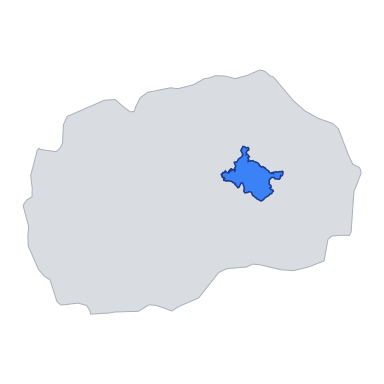 Shtip, Štip, North Macedonia shown in context
{"feature_id": "65306769B54195317631303", "entity_name": "Shtip", "entity_type": "district", "adm_level": 2, "iso_a3": "MKD", "parent_name": "North Macedonia", "parent_adm1": "Štip", "projection": "robinson", "projection_center": [22.163, 41.717], "detail": "fine", "context": "in_parent", "style": "filled", "palette": "blue", "viewbox_px": 384, "rotation_deg": 0, "n_neighbors": 0, "source": "geoboundaries", "source_scale": "gbopen_adm2", "svg_char_len": 3163}
<svg xmlns="http://www.w3.org/2000/svg" viewBox="0 0 384 384"><path d="M170.6,87.8L178.0,88.7L193.9,84.5L203.8,78.8L208.9,78.0L215.6,75.7L225.3,76.1L235.1,78.6L247.5,75.3L259.8,69.9L264.7,71.2L270.0,75.8L273.5,77.1L293.8,101.2L305.0,110.9L318.1,118.3L333.1,123.7L338.5,128.9L348.2,154.6L352.8,164.3L359.1,167.2L360.7,170.0L361.0,173.7L353.9,191.7L351.1,232.1L349.3,235.4L341.8,235.2L331.8,236.0L328.0,239.2L324.1,260.9L308.1,267.1L293.5,270.6L281.2,269.8L259.6,264.7L252.5,264.1L246.5,267.0L227.2,268.6L218.7,272.4L198.8,297.8L178.6,306.6L171.8,311.0L156.4,305.4L149.0,304.8L138.3,311.3L114.9,312.0L108.6,313.1L90.6,314.1L89.9,310.6L86.6,305.5L78.2,303.1L61.0,305.1L56.9,301.4L50.0,279.8L44.5,276.4L38.3,269.1L28.1,245.7L27.9,235.4L28.7,226.4L23.0,205.4L26.6,200.1L32.0,196.7L32.2,188.3L30.7,175.4L37.3,150.2L39.0,148.3L40.6,149.5L56.0,151.6L59.9,148.4L62.5,143.4L63.4,124.9L67.2,116.4L104.4,100.2L115.3,99.6L123.6,107.0L130.2,111.8L134.2,111.6L135.7,106.8L140.2,97.6L147.8,92.3L170.4,87.8L170.6,87.8Z" fill="#d9dde1" stroke="#a8b0b8" stroke-width="1"/><path d="M223.8,180.4L225.0,180.5L225.8,181.0L226.1,180.7L226.6,181.0L227.0,180.8L228.0,181.1L228.8,180.6L232.4,181.9L232.7,182.5L235.2,183.5L234.9,184.5L236.1,185.4L237.9,187.8L239.4,186.9L239.4,186.2L241.3,182.9L242.7,183.3L244.2,187.4L243.8,191.1L244.6,192.6L245.0,192.9L246.5,192.7L248.3,192.2L248.9,191.6L250.9,192.1L251.6,192.6L252.6,195.5L254.0,196.2L255.4,197.6L256.2,197.9L256.7,198.7L260.8,200.9L261.8,200.8L263.3,199.7L265.4,197.5L268.4,195.8L269.4,194.9L269.7,194.0L271.6,193.7L272.4,191.9L273.3,191.4L273.2,190.9L272.9,190.1L270.0,188.7L269.8,188.2L271.4,187.0L270.6,185.1L269.6,184.7L269.1,183.8L269.4,182.7L269.0,180.4L269.9,179.6L270.1,178.8L272.1,177.3L274.4,177.7L274.9,178.8L279.3,179.2L280.2,178.2L280.5,176.2L280.7,176.6L281.0,176.1L281.8,175.9L282.7,174.8L283.0,171.8L282.1,171.2L281.6,171.7L279.2,171.6L277.6,172.2L276.1,171.7L273.4,172.4L273.4,173.4L272.8,172.7L272.0,173.3L271.9,172.6L270.7,173.0L269.6,172.8L269.1,172.3L269.1,171.4L267.7,170.2L267.0,170.2L264.9,167.7L264.3,168.0L263.6,166.9L263.1,166.7L262.3,166.6L261.6,167.1L260.9,166.8L260.2,166.3L260.2,165.8L259.3,165.4L259.4,164.7L258.1,163.2L256.7,162.3L254.2,161.6L252.9,160.6L251.4,160.9L250.6,160.7L250.3,161.1L249.3,160.9L248.1,161.5L248.1,160.4L248.7,159.6L247.7,157.6L249.4,156.8L247.5,154.3L246.8,154.1L246.3,154.4L246.5,153.8L246.0,152.6L246.6,152.2L247.4,150.2L248.1,150.4L248.7,150.1L248.8,148.5L248.0,147.4L246.4,148.0L244.9,146.8L242.9,146.4L242.6,147.6L241.8,148.3L241.5,149.9L241.1,149.8L240.9,150.8L242.2,153.0L242.5,154.9L243.0,155.0L241.5,156.9L238.5,159.0L236.7,162.3L235.2,161.9L234.2,162.4L235.8,166.4L234.6,168.2L235.2,169.2L235.0,171.1L234.7,171.4L234.2,170.9L234.4,170.2L234.1,169.6L233.3,169.5L232.6,169.9L231.6,168.8L230.8,168.9L230.4,169.7L231.5,170.1L230.6,171.1L230.0,170.4L229.4,170.2L228.5,172.0L229.3,172.3L229.3,172.6L228.5,172.6L228.0,173.0L227.0,172.6L225.3,170.9L224.6,172.0L224.6,172.6L222.8,172.5L222.2,174.3L221.8,173.9L221.2,174.4L221.9,176.2L222.7,176.9L222.4,177.4L223.1,177.8L224.1,177.6L224.7,178.3L223.7,179.3L223.8,180.4Z" fill="#3b82f6" stroke="#1e3a8a" stroke-width="1.5"/></svg>